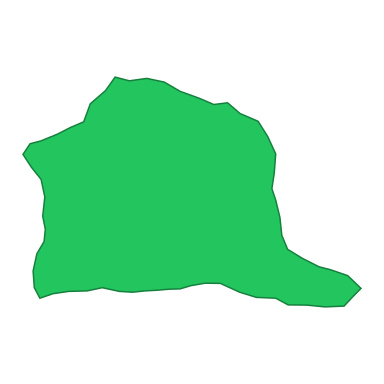 Mário Campos, Minas Gerais, Brazil
{"feature_id": "56859067B45501918730434", "entity_name": "Mário Campos", "entity_type": "district", "adm_level": 2, "iso_a3": "BRA", "parent_name": "Brazil", "parent_adm1": "Minas Gerais", "projection": "mercator", "projection_center": [-44.175, -20.074], "detail": "fine", "context": "isolated", "style": "filled", "palette": "green", "viewbox_px": 384, "rotation_deg": 0, "n_neighbors": 0, "source": "geoboundaries", "source_scale": "gbopen_adm2", "svg_char_len": 860}
<svg xmlns="http://www.w3.org/2000/svg" viewBox="0 0 384 384"><path d="M90.3,103.8L83.7,121.8L70.4,127.5L57.3,134.2L40.6,141.0L30.1,143.7L23.0,154.4L31.5,167.4L41.1,179.4L44.8,196.9L42.7,216.1L45.3,229.3L44.1,241.5L36.9,253.7L33.1,271.0L34.3,287.7L39.9,298.2L53.0,293.7L68.7,291.4L87.2,290.9L102.2,287.7L119.4,291.4L132.5,292.2L145.1,290.9L157.8,290.2L169.0,289.2L180.0,288.9L190.8,285.7L205.1,283.2L220.4,283.4L239.6,292.2L256.4,297.4L275.7,298.2L288.1,304.9L306.8,305.1L324.9,306.9L344.1,306.1L352.8,296.7L361.0,288.4L347.8,275.7L331.4,270.0L318.8,266.7L302.1,258.2L287.6,249.3L281.8,235.3L279.9,217.3L275.7,200.1L271.9,188.6L274.3,172.7L275.7,153.9L267.7,136.5L258.1,121.3L240.0,113.5L227.6,102.8L213.8,104.5L199.3,98.3L180.0,91.3L164.3,82.1L146.8,78.4L129.4,80.8L115.1,77.1L105.5,90.6L90.3,103.8Z" fill="#22c55e" stroke="#15803d" stroke-width="1.5"/></svg>